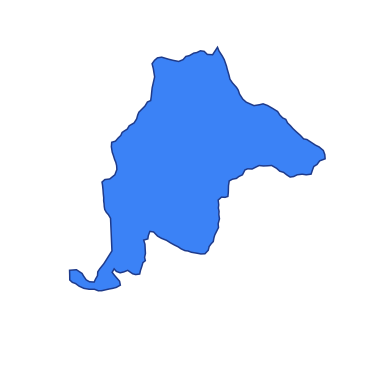 the district of Cariacica, Espírito Santo, Brazil, rotated 300°
{"feature_id": "56859067B75199105050238", "entity_name": "Cariacica", "entity_type": "district", "adm_level": 2, "iso_a3": "BRA", "parent_name": "Brazil", "parent_adm1": "Espírito Santo", "projection": "orthographic", "projection_center": [-40.463, -20.308], "detail": "fine", "context": "isolated", "style": "filled", "palette": "blue", "viewbox_px": 384, "rotation_deg": 300, "n_neighbors": 0, "source": "geoboundaries", "source_scale": "gbopen_adm2", "svg_char_len": 2666}
<svg xmlns="http://www.w3.org/2000/svg" viewBox="0 0 384 384"><g transform="rotate(300 192 192)"><path d="M330.1,141.7L321.2,141.2L318.8,136.5L319.9,132.2L318.5,128.7L315.1,126.4L313.2,124.1L308.9,121.6L306.3,118.9L302.2,118.1L298.4,115.2L296.6,109.9L295.3,105.4L293.6,98.3L290.9,95.0L287.3,93.7L283.1,93.3L279.5,96.8L273.0,102.1L268.4,103.5L262.3,105.4L258.0,107.3L254.3,109.0L250.5,110.5L247.7,108.4L242.8,108.3L238.7,107.2L234.6,106.1L231.5,106.5L227.7,107.5L222.9,107.3L218.0,104.5L214.1,104.5L211.3,103.0L208.6,101.7L205.3,102.1L202.0,101.1L197.8,100.3L194.9,97.6L190.9,99.5L186.6,103.0L184.1,105.9L181.4,108.8L179.6,111.2L177.2,113.5L173.9,115.7L168.3,116.6L162.1,114.2L159.2,110.3L155.6,109.1L153.3,111.0L149.6,113.7L145.9,116.2L142.9,118.4L140.2,119.9L137.9,121.7L135.5,123.3L133.2,125.2L131.5,128.1L130.5,131.1L128.5,134.6L101.0,152.1L90.2,151.7L85.7,151.5L79.3,150.5L75.8,150.3L72.3,152.0L68.3,152.0L65.1,152.3L63.0,148.1L63.0,144.3L65.0,140.1L66.5,137.5L66.7,134.3L66.9,130.8L63.0,125.1L58.6,127.8L54.7,130.1L53.9,133.5L54.5,136.9L54.0,141.3L54.5,146.6L56.4,151.7L59.0,156.2L59.6,160.2L61.4,163.2L64.6,166.6L66.8,169.0L68.8,171.4L71.6,174.2L75.5,176.5L78.5,173.9L79.6,170.7L81.1,166.4L82.5,163.0L86.5,163.0L85.4,166.2L86.1,170.2L88.7,172.9L92.0,175.5L91.5,181.5L92.3,184.5L94.8,187.7L98.3,186.6L102.2,185.8L106.3,184.8L109.2,185.9L111.7,183.6L115.5,182.4L119.6,179.7L123.2,177.4L126.2,174.2L129.3,177.2L132.3,176.0L136.8,175.2L138.2,178.7L136.6,184.2L136.6,188.6L137.4,194.1L137.2,198.9L137.3,203.3L137.6,207.5L137.3,210.9L137.7,215.2L138.9,218.0L139.5,221.6L141.4,226.7L142.8,230.7L145.0,234.1L149.7,235.2L153.4,234.1L156.9,234.5L159.7,235.2L163.3,233.9L166.2,233.2L169.7,233.0L174.5,232.7L177.6,230.5L182.5,229.2L185.9,226.5L188.8,225.1L191.3,222.8L194.2,221.6L198.1,218.7L202.3,220.1L203.9,223.3L206.1,225.3L209.7,223.7L215.8,220.4L220.2,218.7L223.3,220.6L226.0,223.7L228.8,224.8L232.1,227.1L237.6,226.8L239.9,228.6L242.0,232.6L245.7,235.0L248.5,236.9L250.3,240.9L252.6,244.5L254.8,247.7L254.8,253.4L253.9,257.6L254.8,261.5L254.2,265.6L254.0,269.5L256.2,272.3L259.5,274.5L262.5,278.5L264.0,282.3L267.0,286.2L271.4,285.3L275.0,284.7L278.3,286.5L282.8,287.0L287.3,290.7L290.8,288.3L293.6,285.0L294.6,279.5L294.3,275.4L294.6,270.5L294.9,265.3L293.8,262.1L295.2,257.6L296.3,252.2L297.4,247.6L298.5,244.4L299.6,240.2L301.8,236.9L301.5,233.4L302.6,229.5L304.5,225.9L304.7,220.0L304.7,214.2L303.9,209.5L301.3,206.8L297.8,202.5L296.9,194.1L297.8,189.6L300.5,184.3L303.3,181.1L304.8,178.3L306.7,172.5L308.6,168.5L311.6,165.7L316.1,161.0L318.3,158.9L322.7,153.8L324.9,150.2L327.6,144.9L330.1,141.7Z" fill="#3b82f6" stroke="#1e3a8a" stroke-width="1.5"/></g></svg>